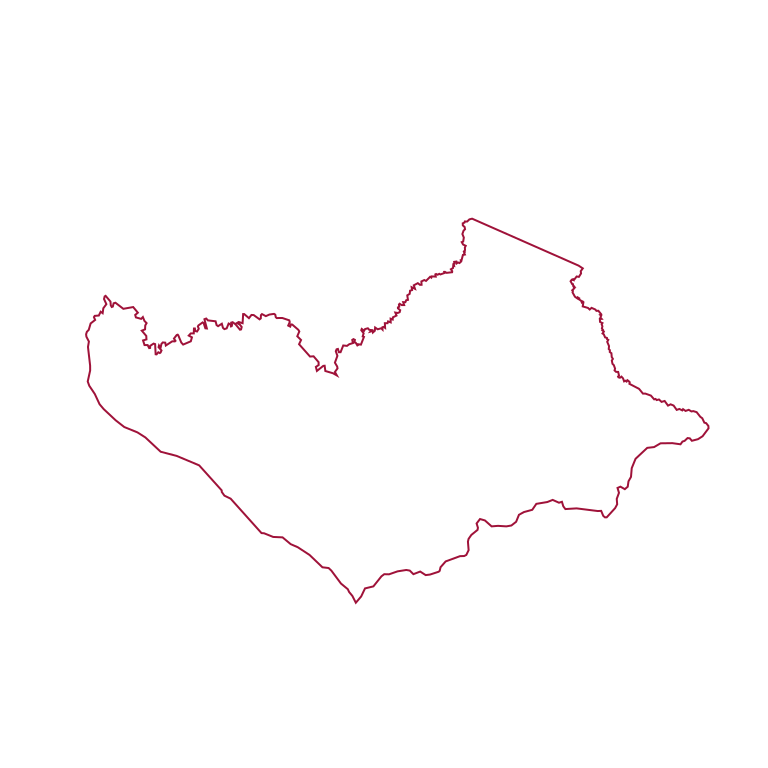 Memot, Kâmpóng Cham, Cambodia (Natural Earth projection), rotated 318°
{"feature_id": "14789045B36806562781005", "entity_name": "Memot", "entity_type": "district", "adm_level": 2, "iso_a3": "KHM", "parent_name": "Cambodia", "parent_adm1": "Kâmpóng Cham", "projection": "natural_earth1", "projection_center": [106.235, 11.913], "detail": "fine", "context": "isolated", "style": "outline", "palette": "rose", "viewbox_px": 768, "rotation_deg": 318, "n_neighbors": 0, "source": "geoboundaries", "source_scale": "gbopen_adm2", "svg_char_len": 6166}
<svg xmlns="http://www.w3.org/2000/svg" viewBox="0 0 768 768"><g transform="rotate(318 384 384)"><path d="M212.2,143.1L206.5,142.7L200.8,146.2L198.1,146.4L195.9,147.7L194.5,149.7L193.1,155.0L188.8,158.4L177.9,173.7L174.7,177.3L165.5,183.9L163.8,188.1L162.4,197.9L159.1,208.7L158.9,215.1L160.3,231.4L162.2,242.2L168.4,255.0L170.9,264.0L172.7,284.9L181.8,298.7L192.2,320.8L192.2,354.4L191.2,355.7L190.7,360.2L193.3,366.6L193.2,412.8L195.0,414.7L199.3,423.5L206.0,430.1L207.5,440.6L210.7,447.6L214.3,461.3L215.6,479.0L219.7,483.7L220.0,487.5L218.5,503.5L219.8,512.3L218.9,515.2L218.7,520.3L216.7,527.7L224.9,526.6L233.1,523.2L240.7,527.3L253.4,525.2L256.9,525.5L260.4,528.8L268.7,532.3L276.1,537.1L278.3,539.9L278.6,545.0L285.4,547.6L287.1,553.9L290.7,556.4L299.0,560.1L300.4,560.1L303.4,558.0L311.1,557.1L325.3,562.8L328.5,565.5L330.8,566.1L335.7,564.1L340.9,557.3L343.2,555.7L347.9,554.6L355.9,555.0L357.6,553.7L359.5,549.6L365.0,548.6L367.7,552.9L368.7,561.8L373.8,565.7L379.7,571.7L384.0,574.4L390.0,574.8L396.8,571.5L402.3,572.8L410.0,576.7L417.0,575.0L426.4,581.0L431.8,583.0L434.6,589.3L437.4,590.6L435.4,594.9L435.1,598.3L443.9,605.3L457.9,621.5L460.5,623.6L458.7,628.7L459.0,631.0L460.3,632.1L472.7,630.9L476.8,629.4L480.1,625.1L485.8,622.1L488.0,617.5L491.0,618.5L492.6,623.3L496.4,623.4L500.6,619.9L505.4,618.3L511.8,612.3L520.9,607.9L536.9,607.6L542.5,611.6L549.8,613.1L558.7,620.9L564.0,627.2L567.3,626.5L569.3,627.4L573.4,627.3L574.9,629.0L574.8,632.2L580.4,635.1L585.8,636.0L595.5,634.1L597.0,632.2L597.2,628.6L596.2,627.1L597.6,622.4L597.1,620.0L597.5,614.1L595.7,611.1L594.1,610.1L593.2,607.1L590.1,605.8L589.4,602.8L588.0,603.2L586.8,600.2L584.2,599.1L584.8,593.8L583.4,590.9L580.6,590.1L581.2,584.4L578.3,583.0L578.0,579.5L575.9,578.4L575.8,576.8L574.5,576.2L574.6,571.2L571.8,566.0L570.0,564.4L570.3,558.3L566.5,548.1L567.8,547.1L567.7,545.1L567.4,544.0L565.9,544.5L565.5,543.0L564.2,542.7L565.4,539.8L565.4,537.4L563.5,537.2L562.7,535.9L562.9,535.1L564.3,535.0L566.1,531.7L564.6,530.3L564.4,528.2L566.0,527.2L567.4,523.8L567.3,521.9L569.0,519.0L570.9,518.5L571.3,516.3L573.6,513.3L573.2,511.3L574.5,510.0L574.4,508.4L576.6,506.4L578.1,502.0L580.2,501.3L579.8,499.9L580.5,498.9L579.5,497.3L580.6,494.1L580.2,492.7L582.4,492.2L582.2,490.3L582.9,490.4L583.1,488.5L584.9,487.3L585.7,485.3L587.1,484.9L586.1,482.4L587.9,480.1L589.3,481.2L589.3,479.4L591.2,478.5L590.9,477.2L592.1,477.4L592.3,473.0L590.8,471.8L590.9,470.1L589.2,466.3L586.7,466.3L586.5,464.0L583.6,459.3L587.0,456.6L586.9,455.6L585.6,455.7L586.2,454.0L585.5,451.4L586.4,451.0L585.9,449.2L584.9,449.6L584.3,446.9L585.4,442.1L586.6,441.3L586.6,440.3L589.5,440.2L589.9,438.8L590.5,439.3L590.7,436.4L591.7,437.0L590.7,435.7L591.4,432.5L593.3,432.1L594.4,433.7L594.9,432.8L595.9,433.6L599.1,433.0L600.5,434.8L604.4,433.7L605.7,431.8L609.1,431.1L607.8,426.2L560.1,320.1L557.6,318.8L554.5,318.9L552.8,317.3L551.8,317.9L550.0,317.3L548.7,318.9L549.0,321.2L547.8,323.2L545.7,323.3L542.6,325.0L541.3,328.6L538.2,331.1L536.7,330.6L536.1,333.3L537.2,336.0L535.4,336.7L533.8,338.7L532.1,339.0L532.3,340.0L531.2,340.2L530.7,341.9L529.0,340.9L524.0,344.2L523.7,343.6L522.9,344.6L521.0,344.6L520.3,343.2L518.7,343.0L519.7,341.4L517.9,340.2L517.0,341.6L516.2,341.2L515.2,343.0L514.8,342.2L512.9,344.0L510.5,343.5L510.2,345.8L509.4,346.5L504.9,343.3L504.3,341.4L503.8,341.0L503.3,342.0L499.2,340.3L498.8,339.1L497.0,338.7L496.3,337.1L495.5,336.9L494.3,338.8L491.5,336.0L490.4,336.6L490.1,335.2L484.2,335.5L483.5,333.7L480.4,332.8L478.3,335.4L477.1,334.4L476.6,331.7L472.2,330.6L470.7,334.0L469.3,330.6L467.7,333.0L465.8,332.1L463.4,334.2L460.6,333.7L458.1,337.5L456.6,336.6L454.6,337.5L453.0,336.0L451.8,338.8L449.9,337.1L449.3,334.8L448.3,334.9L447.0,336.8L445.6,336.4L445.0,337.1L445.4,340.0L443.7,341.1L441.7,340.4L440.2,338.5L439.1,341.5L435.2,340.4L433.6,341.9L432.6,339.9L430.2,342.7L428.9,340.2L427.3,341.2L425.3,339.4L422.4,343.0L422.1,341.4L420.9,340.8L419.3,342.6L419.2,340.7L415.9,339.1L415.2,336.1L412.8,338.3L410.3,338.3L411.1,337.1L409.0,336.0L410.9,335.7L409.3,333.9L409.3,331.8L406.7,330.5L404.9,331.1L404.3,328.2L403.1,328.8L402.8,332.7L400.0,334.4L400.6,335.6L393.2,339.3L391.0,336.7L390.9,337.7L390.0,337.5L390.6,334.5L389.9,333.3L391.9,331.7L391.3,330.2L389.9,330.0L388.3,332.8L384.8,331.2L382.0,330.9L379.5,328.1L373.0,331.3L371.8,330.2L373.2,327.1L372.0,326.5L370.1,327.4L368.2,331.9L361.8,335.3L360.9,339.7L359.9,341.3L355.6,342.2L354.7,346.1L353.3,341.9L349.1,335.1L352.1,330.7L351.0,329.9L342.9,329.4L344.8,325.7L348.1,326.2L350.0,324.0L350.2,316.3L347.4,314.1L347.5,297.6L351.8,295.8L351.5,290.5L356.2,288.3L356.6,286.4L355.6,278.5L354.8,277.5L352.7,278.6L351.9,276.5L355.4,274.9L356.2,273.3L352.6,266.9L348.4,263.2L348.3,261.9L349.6,259.7L349.2,258.3L345.3,255.7L341.6,254.5L340.1,250.4L338.6,250.5L336.3,252.8L334.8,252.7L333.3,245.6L331.7,244.0L327.7,244.7L326.9,238.5L326.1,237.8L319.6,244.2L317.5,240.7L315.6,240.3L316.6,243.5L316.4,246.4L314.3,247.8L313.3,247.3L313.6,240.5L312.9,236.8L311.6,236.2L310.8,238.3L309.5,239.1L308.8,238.8L309.8,237.0L309.0,235.1L304.3,237.4L302.1,236.4L301.9,234.5L303.8,230.7L299.4,230.0L299.0,228.2L300.8,224.7L295.7,218.9L295.7,216.4L294.8,216.0L293.9,215.7L289.5,224.2L288.5,223.1L290.7,218.1L290.5,216.9L285.3,216.3L284.2,216.7L283.3,219.0L280.2,219.9L279.2,218.4L280.6,216.2L279.9,215.6L276.5,219.1L274.2,217.1L271.3,217.4L272.5,220.8L269.0,223.0L261.1,220.3L261.1,217.5L263.7,210.1L263.7,209.3L262.7,208.9L258.3,209.7L257.9,212.4L257.1,212.4L255.2,210.6L247.6,209.4L249.1,206.9L247.4,205.1L245.4,205.3L242.2,207.6L242.6,204.8L241.1,205.8L241.1,210.2L239.1,211.1L238.1,211.0L237.5,209.4L234.8,209.8L234.2,209.1L240.6,201.2L239.8,199.8L235.8,199.2L234.3,200.7L233.5,200.2L234.4,196.9L232.1,194.8L234.1,190.4L237.3,191.9L239.5,189.2L239.7,182.3L243.0,183.5L245.8,180.7L248.3,179.9L248.2,176.8L249.6,172.9L247.1,173.1L244.2,168.5L245.3,166.2L248.8,166.3L249.1,159.0L240.6,153.7L238.8,143.9L237.1,143.1L234.3,145.0L233.2,144.6L233.6,142.7L235.9,139.7L236.1,132.2L235.0,132.0L232.8,133.5L231.1,138.9L226.1,139.9L222.3,143.1L221.8,140.7L217.9,142.3L214.6,139.8L213.2,140.2L212.2,143.1Z" fill="none" stroke="#9f1239" stroke-width="2"/></g></svg>